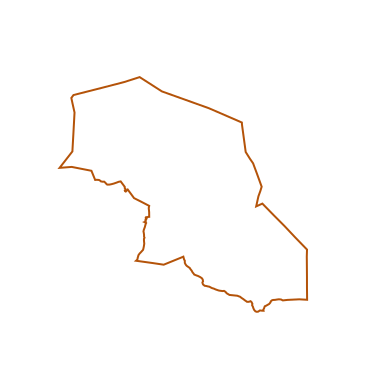 San Juan Teposcolula, Oaxaca, Mexico (Robinson projection), rotated 112°
{"feature_id": "50627088B54973725346612", "entity_name": "San Juan Teposcolula", "entity_type": "district", "adm_level": 2, "iso_a3": "MEX", "parent_name": "Mexico", "parent_adm1": "Oaxaca", "projection": "robinson", "projection_center": [-97.39, 17.589], "detail": "fine", "context": "isolated", "style": "outline", "palette": "amber", "viewbox_px": 384, "rotation_deg": 112, "n_neighbors": 0, "source": "geoboundaries", "source_scale": "gbopen_adm2", "svg_char_len": 2509}
<svg xmlns="http://www.w3.org/2000/svg" viewBox="0 0 384 384"><g transform="rotate(112 192 192)"><path d="M248.8,44.9L237.3,49.7L228.4,53.3L222.1,55.9L212.9,59.7L209.1,61.3L202.3,63.8L195.4,79.4L188.9,93.5L182.8,107.8L176.4,122.4L181.3,127.1L171.1,128.8L165.5,129.0L161.0,129.4L150.4,138.9L143.3,145.4L142.6,146.0L139.5,150.7L134.8,157.2L110.8,170.9L108.9,171.8L108.0,207.7L110.0,257.6L105.1,283.6L115.4,296.0L128.9,314.2L146.5,338.2L150.0,339.1L154.3,336.2L162.3,330.7L183.3,323.5L199.2,318.1L219.2,323.8L213.8,312.9L210.0,293.2L217.1,286.3L216.5,285.2L216.1,284.1L215.7,282.8L215.9,281.3L216.3,280.4L215.9,278.6L215.3,277.3L215.9,275.7L216.5,274.6L216.9,273.4L216.1,271.4L215.0,269.7L213.5,267.7L211.5,265.4L210.0,263.8L208.9,262.1L212.4,256.3L213.5,255.9L214.1,254.8L215.1,254.5L215.7,254.9L216.3,254.4L216.4,253.6L213.8,252.5L219.4,243.4L220.1,234.9L220.9,226.5L223.1,226.1L226.7,224.2L231.0,222.4L231.2,223.0L231.4,223.2L231.6,223.3L231.8,223.6L232.6,225.2L233.0,225.3L233.6,224.7L233.6,224.2L234.3,224.2L234.2,224.6L234.5,224.8L235.8,224.6L236.7,223.9L236.9,224.2L237.6,224.4L237.6,224.7L237.7,224.8L237.8,223.4L238.0,222.9L238.7,223.0L241.5,222.7L241.9,222.6L245.2,222.5L246.8,222.2L247.8,221.5L249.5,220.5L251.4,219.7L252.2,218.9L253.4,219.0L254.9,218.4L256.1,217.8L257.8,216.9L260.8,216.2L262.5,215.9L263.9,215.7L266.1,216.5L267.7,217.1L268.6,217.5L270.7,218.0L272.1,217.8L273.4,217.7L274.5,217.4L275.7,217.6L276.7,218.1L272.5,201.4L270.0,191.0L257.0,177.6L255.2,175.8L257.6,174.0L258.3,173.0L260.4,172.1L261.4,171.0L262.2,169.8L262.6,168.7L262.8,167.7L263.3,165.6L264.0,164.7L264.8,163.3L265.4,162.4L266.3,161.4L267.0,160.0L267.7,159.0L267.7,156.3L267.6,155.2L267.8,152.7L268.2,150.7L269.1,149.3L270.7,148.3L271.9,148.5L272.9,147.8L273.6,147.1L274.2,145.2L273.8,143.5L273.6,141.9L273.3,140.4L273.5,138.7L273.6,137.5L273.4,135.4L273.5,133.9L273.4,131.7L273.3,130.2L273.0,128.9L272.4,126.5L271.7,125.3L272.0,123.6L272.9,121.9L273.4,118.7L273.0,117.3L272.1,114.2L271.2,111.1L271.2,109.6L271.1,108.3L271.7,106.2L272.1,104.2L272.6,102.5L272.9,101.1L273.2,99.9L272.6,98.3L271.3,96.8L271.8,95.5L273.1,94.1L274.4,93.9L275.6,92.5L276.6,91.7L277.9,90.4L278.9,88.5L278.8,87.0L278.1,85.8L276.4,84.7L275.8,82.6L275.3,81.2L274.4,81.8L272.9,81.6L271.8,81.7L270.7,81.7L269.8,80.8L268.4,79.7L266.9,78.5L265.0,77.9L263.9,78.0L262.6,77.4L261.8,76.5L260.9,74.6L260.1,73.3L259.0,71.4L258.6,70.2L258.3,69.1L258.5,67.2L256.2,62.9L251.4,52.5L251.3,52.3L248.8,44.9Z" fill="none" stroke="#b45309" stroke-width="2"/></g></svg>